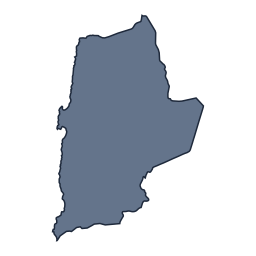 outline of Antofagasta
{"feature_id": "CHL-2695", "entity_name": "Antofagasta", "entity_type": "Region", "adm_level": 1, "iso_a3": "CHL", "parent_name": "Chile", "parent_adm1": "", "projection": "mercator", "projection_center": [-69.6, -23.478], "detail": "fine", "context": "isolated", "style": "filled", "palette": "slate", "viewbox_px": 256, "rotation_deg": 0, "n_neighbors": 0, "source": "natural_earth", "source_scale": "10m", "svg_char_len": 5246}
<svg xmlns="http://www.w3.org/2000/svg" viewBox="0 0 256 256"><path d="M142.0,15.4L142.9,15.9L143.4,16.0L145.1,15.9L146.0,16.1L146.7,16.8L155.1,30.8L155.7,32.8L155.5,43.3L155.8,44.8L158.3,49.5L159.2,52.8L159.6,60.0L159.8,60.6L160.2,61.2L161.1,62.0L163.1,64.0L163.9,64.5L164.6,65.5L165.1,66.5L165.2,67.5L165.1,67.9L164.6,68.6L164.5,69.0L164.6,69.5L165.7,71.1L166.1,72.2L166.1,73.0L165.4,75.7L165.5,76.6L165.7,77.5L167.3,80.4L167.6,81.3L168.0,83.5L169.2,86.0L169.2,86.8L167.9,93.3L167.9,96.7L168.1,97.9L168.5,98.5L170.1,98.8L170.3,98.8L171.1,100.2L171.5,100.5L172.8,100.9L179.0,101.3L181.8,101.1L183.3,100.8L196.1,98.0L203.4,105.9L203.2,107.2L202.5,109.6L199.6,119.0L196.8,128.3L194.0,137.7L193.8,138.2L192.5,142.6L191.1,147.1L190.2,150.0L189.3,151.3L187.3,152.5L185.7,153.1L185.3,153.2L184.5,153.5L183.7,153.9L183.3,154.0L178.3,156.3L173.2,158.5L168.2,160.8L163.1,163.1L161.1,163.9L159.0,164.8L157.0,165.7L155.0,166.5L153.6,167.1L152.9,167.6L152.7,167.9L152.3,169.2L150.8,171.6L150.3,172.1L149.5,172.2L148.8,171.9L148.1,171.8L147.4,172.2L145.8,175.7L145.5,177.1L145.2,178.0L144.8,177.7L144.0,176.6L143.4,176.7L143.1,177.2L142.9,177.8L142.9,178.5L142.4,180.0L140.3,184.2L140.1,185.2L140.1,186.0L141.0,188.3L141.2,188.6L141.6,189.0L142.6,189.6L142.9,189.8L143.7,189.8L144.1,190.0L144.4,190.4L144.7,191.0L144.5,191.5L144.7,191.9L145.1,192.2L145.3,192.4L145.5,192.8L145.7,193.0L145.8,193.3L145.7,193.8L145.5,195.4L146.5,196.8L147.8,198.0L148.6,199.1L148.7,200.0L148.2,200.6L147.3,201.0L146.5,201.1L145.6,201.1L144.9,201.0L144.3,201.0L143.5,201.5L143.4,201.6L142.6,202.7L141.1,207.5L140.2,207.7L139.5,208.0L138.6,208.6L136.5,210.6L135.6,211.1L134.5,211.5L133.0,211.7L131.7,211.6L129.7,211.1L128.8,211.0L127.7,211.1L125.9,211.5L123.0,211.6L122.8,211.7L122.5,212.0L122.3,212.5L122.3,213.1L122.4,213.6L122.6,214.0L123.0,214.5L123.2,215.0L123.3,215.5L123.3,216.0L123.1,216.5L122.1,218.1L120.5,221.0L120.2,221.7L119.9,222.5L119.8,223.6L105.2,224.9L100.0,223.5L94.2,224.1L91.9,225.5L87.3,228.0L82.0,228.5L80.3,226.8L76.6,227.5L71.5,231.5L69.5,231.1L66.4,231.4L60.2,235.8L57.2,240.5L56.8,240.6L57.0,239.8L56.8,238.2L56.3,236.8L55.6,235.8L54.3,234.2L54.0,233.4L53.9,232.2L53.8,231.9L52.9,231.7L52.6,231.7L52.8,230.5L53.2,229.4L54.2,229.2L54.5,227.7L54.4,226.5L54.5,225.5L54.7,224.4L55.3,223.8L56.2,223.5L56.8,222.5L56.7,220.5L56.6,220.1L56.2,219.2L56.2,218.7L56.2,218.2L56.3,217.8L57.3,217.1L57.5,217.0L58.1,216.9L58.8,216.6L60.2,215.6L60.7,215.4L61.0,214.9L61.4,212.5L61.7,211.8L63.2,211.8L63.7,211.6L64.0,211.2L64.1,210.7L64.3,210.4L64.5,209.9L64.4,209.4L64.2,208.7L64.3,208.2L64.7,206.9L64.9,205.0L64.8,203.1L64.3,201.3L63.4,199.8L62.7,199.4L62.4,199.1L62.3,198.8L62.3,198.3L62.5,197.6L62.5,197.2L62.7,196.3L63.2,195.4L63.6,194.5L63.4,193.4L61.4,190.9L61.2,189.9L61.0,188.8L60.3,187.0L60.0,186.0L60.0,184.0L59.9,183.6L59.3,182.8L59.2,182.5L59.2,179.0L60.1,176.9L60.0,176.4L59.8,176.0L59.6,174.9L59.4,174.6L59.1,174.3L58.9,173.9L58.9,173.3L59.1,173.0L59.3,172.7L59.5,172.3L59.8,171.4L60.1,169.9L60.6,168.4L60.3,167.1L60.3,166.9L60.1,166.5L60.0,166.2L60.3,166.0L60.5,165.8L60.6,165.6L60.5,165.1L60.4,164.5L60.7,164.1L61.0,163.6L60.9,163.0L61.0,162.4L60.9,161.6L61.0,160.8L61.7,159.5L61.5,158.9L61.6,158.4L62.0,157.4L61.7,156.5L61.5,155.5L61.9,155.4L62.1,155.1L62.3,154.3L62.2,153.0L61.9,151.7L61.2,149.8L61.5,148.5L62.3,146.1L62.1,145.0L61.8,144.3L61.7,143.7L62.5,142.8L62.3,140.5L62.5,139.8L62.9,139.1L64.2,138.0L64.7,137.3L65.5,136.0L66.1,134.5L66.6,132.9L66.7,131.3L66.2,130.2L65.8,128.4L64.7,127.6L63.7,127.0L62.4,126.5L61.8,127.0L61.4,128.1L61.0,128.6L60.7,129.3L59.8,129.0L59.0,128.8L58.0,128.3L57.4,129.2L57.0,128.6L57.2,126.8L57.6,125.9L57.7,125.5L58.2,125.4L58.6,125.0L58.8,124.5L58.4,123.7L58.1,122.6L58.0,121.6L58.6,120.2L58.4,119.1L58.2,118.2L58.3,117.4L58.2,116.6L58.8,115.2L59.5,114.7L59.7,113.5L59.4,112.7L59.6,111.6L59.0,110.6L59.3,109.4L59.8,108.5L60.8,107.3L61.8,106.5L61.9,106.3L62.0,106.3L62.4,106.6L62.5,107.0L62.5,107.5L62.4,107.9L62.3,108.3L62.5,109.1L62.9,109.6L63.6,110.1L64.3,110.1L65.3,109.7L66.5,108.9L67.4,108.1L68.1,107.2L68.9,106.0L69.2,104.5L69.2,104.2L69.3,103.9L69.5,103.5L70.0,102.9L70.5,102.2L70.7,101.5L70.8,100.8L70.9,100.0L70.6,99.0L70.1,97.9L69.9,96.6L70.3,95.4L70.3,94.8L70.7,93.7L71.1,92.5L70.9,91.2L71.2,90.8L71.1,90.5L70.9,90.1L70.9,89.7L71.1,89.3L71.4,89.3L71.6,89.1L71.7,88.6L71.6,88.1L71.2,87.3L71.2,86.8L71.3,86.4L72.7,83.7L72.8,83.3L72.7,82.9L72.2,82.0L72.5,78.9L72.5,76.3L72.7,75.7L73.0,75.0L73.5,69.1L73.4,68.4L74.0,66.5L73.9,65.6L74.5,65.3L74.8,64.6L75.0,63.8L75.0,63.1L74.4,62.3L74.5,62.1L74.8,61.8L75.3,60.8L75.1,60.4L75.2,60.1L75.5,59.7L75.6,59.0L75.5,58.4L75.3,57.9L74.7,57.0L76.5,56.0L76.6,53.8L76.3,51.5L76.7,50.4L76.5,49.9L76.4,47.4L76.4,46.9L76.9,46.0L77.6,45.4L78.3,44.9L78.6,44.2L78.7,43.4L78.9,42.8L79.0,42.2L79.5,41.9L79.6,41.2L79.5,40.7L79.3,40.2L79.2,39.7L79.6,38.7L80.0,38.1L83.0,37.9L84.2,38.0L85.1,38.2L85.5,38.2L86.0,38.1L87.2,36.4L90.1,35.4L91.4,35.5L91.8,35.5L92.1,35.4L92.6,35.2L93.0,35.2L93.4,35.3L93.8,35.5L98.2,35.6L98.6,35.8L99.0,36.3L102.5,37.8L104.8,37.9L109.1,36.6L118.1,33.1L131.3,29.0L132.2,28.5L133.0,27.7L135.0,24.5L135.6,23.9L136.4,23.3L137.1,22.9L140.4,21.7L140.7,21.5L140.9,21.3L141.4,19.6L142.0,15.4L142.0,15.4Z" fill="#64748b" stroke="#1e293b" stroke-width="1.5"/></svg>